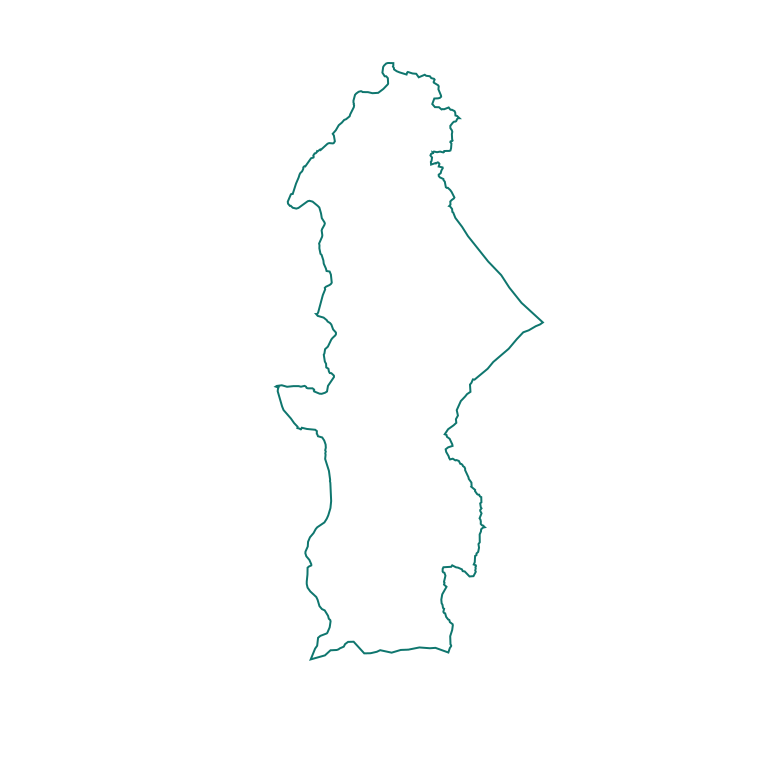 South East Malekula, Malampa, Vanuatu (Albers equal-area conic projection), rotated 232°
{"feature_id": "77236927B5490091431503", "entity_name": "South East Malekula", "entity_type": "district", "adm_level": 2, "iso_a3": "VUT", "parent_name": "Vanuatu", "parent_adm1": "Malampa", "projection": "albers", "projection_center": [167.679, -16.314], "detail": "fine", "context": "isolated", "style": "outline", "palette": "teal", "viewbox_px": 768, "rotation_deg": 232, "n_neighbors": 0, "source": "geoboundaries", "source_scale": "gbopen_adm2", "svg_char_len": 6166}
<svg xmlns="http://www.w3.org/2000/svg" viewBox="0 0 768 768"><g transform="rotate(232 384 384)"><path d="M132.8,269.4L135.4,273.3L136.1,275.5L136.7,276.0L137.9,276.1L144.5,280.9L148.2,286.3L151.5,289.7L152.5,290.2L155.8,289.3L157.9,290.2L158.9,289.6L162.2,289.6L165.6,291.0L166.4,290.4L167.9,290.5L169.9,293.0L170.7,292.6L171.7,292.9L174.1,294.2L175.7,294.4L178.8,296.4L182.4,300.4L185.7,308.4L189.0,307.8L190.1,309.3L191.1,309.4L195.1,314.4L198.1,315.4L199.2,314.7L200.2,314.8L202.2,316.4L203.0,318.0L198.6,324.4L199.1,326.1L195.2,327.9L193.7,329.3L189.9,331.3L188.1,330.8L186.6,332.2L179.7,332.9L177.5,336.2L179.5,340.7L180.9,341.1L182.2,342.7L183.4,343.3L183.9,344.4L184.7,344.7L186.5,343.6L187.7,345.8L192.4,349.9L192.2,351.4L193.5,352.6L193.7,354.8L196.5,358.1L199.7,359.9L200.3,362.0L206.6,366.8L208.1,369.6L209.7,371.1L209.9,373.6L209.1,375.2L210.6,374.9L211.1,375.1L212.5,374.2L214.2,374.1L216.1,375.7L217.8,376.5L219.3,376.6L222.0,381.2L224.8,381.7L225.5,382.3L226.0,384.3L227.3,384.4L230.7,386.3L230.8,387.9L235.0,391.0L236.4,390.4L238.2,390.8L238.7,390.1L239.9,389.6L243.6,389.8L244.4,390.6L249.4,389.5L249.5,390.1L252.5,392.2L257.1,392.4L258.4,393.1L266.2,394.9L267.3,395.8L268.9,396.2L270.7,395.7L271.8,396.0L273.3,395.8L274.1,395.0L277.3,395.6L279.4,394.3L279.9,393.2L282.8,392.2L283.9,389.6L285.6,389.8L287.4,390.5L292.2,391.2L294.6,392.4L294.6,395.6L293.0,399.9L294.3,400.6L300.4,402.0L303.7,401.1L305.3,401.9L307.0,400.9L308.9,406.7L308.6,413.4L308.9,417.1L312.0,419.0L313.6,422.8L318.6,425.2L323.3,434.1L324.2,440.3L324.9,443.2L324.6,447.3L330.6,451.4L331.1,453.6L332.9,456.9L331.7,458.0L332.2,475.1L334.1,483.7L335.0,504.0L337.6,516.3L339.0,525.6L337.2,531.1L336.1,539.2L334.9,543.5L334.7,547.1L363.3,542.3L382.8,542.1L397.6,543.4L416.4,541.5L448.9,541.2L459.8,542.3L471.0,542.5L476.5,544.1L477.5,543.8L480.0,545.4L483.6,545.4L484.1,545.0L484.4,546.8L487.0,548.6L487.3,550.6L487.2,553.3L487.6,554.3L493.7,555.5L496.1,555.6L499.3,555.1L499.9,554.2L501.0,553.9L506.1,556.5L507.8,556.4L509.0,557.0L512.5,555.2L514.2,555.2L515.3,556.0L515.2,558.4L516.9,560.7L517.9,563.2L518.6,563.5L521.7,561.0L523.3,563.2L525.0,563.2L525.7,562.6L525.8,560.7L526.4,560.6L527.9,556.2L530.2,557.7L530.5,558.8L532.9,561.3L535.5,561.3L536.3,562.6L536.0,563.4L536.3,564.2L535.9,564.7L536.7,565.0L536.1,565.3L536.4,566.5L534.0,568.5L532.6,571.3L530.0,573.3L529.9,574.1L530.5,574.7L530.4,575.1L527.5,578.9L527.1,580.1L528.5,582.0L532.0,585.2L533.8,585.2L534.2,585.9L533.5,587.5L533.6,587.9L534.8,588.3L539.1,591.3L540.7,593.1L542.3,593.7L544.7,593.8L546.6,595.2L547.6,599.3L547.6,600.7L546.8,601.9L546.7,602.7L547.8,604.8L547.8,606.1L547.0,607.1L550.2,606.6L551.6,605.6L554.0,607.2L555.6,607.6L558.4,606.3L558.7,605.6L559.6,605.2L562.1,605.2L563.5,600.5L564.5,599.5L564.9,598.4L568.3,597.7L570.8,594.6L574.9,594.4L578.0,599.4L575.8,602.5L575.1,604.1L575.2,605.9L576.2,606.5L582.7,608.3L584.9,610.4L586.0,610.6L590.8,608.8L591.4,609.0L592.7,611.3L593.7,611.3L595.9,609.6L598.3,609.6L600.9,607.0L602.6,606.5L604.3,600.2L608.6,600.4L611.1,597.7L615.2,594.9L615.2,594.1L614.0,592.3L620.0,588.1L622.6,586.6L625.7,585.6L627.0,586.4L628.7,586.5L629.2,587.4L631.1,588.9L634.5,584.8L635.2,583.1L634.9,580.1L634.3,578.5L630.3,574.4L626.1,574.0L625.1,575.2L622.6,575.3L618.2,572.2L617.8,571.5L616.9,565.1L617.0,558.7L620.3,553.9L623.8,551.1L627.2,546.9L628.5,546.5L629.0,546.0L629.9,543.9L630.0,540.9L629.7,539.2L626.1,534.4L624.4,533.1L623.6,533.0L622.9,532.2L622.1,532.1L620.7,530.6L617.3,523.4L616.1,521.7L616.0,517.2L616.6,515.2L615.9,511.6L615.8,507.7L613.6,502.2L612.7,497.6L610.7,497.5L605.5,494.7L604.8,492.8L605.0,491.9L607.6,489.1L608.1,487.5L607.4,478.1L608.1,478.1L608.2,475.0L608.7,474.7L608.0,473.5L607.9,472.1L608.4,471.3L607.6,469.0L606.2,468.4L605.9,467.8L606.8,465.5L603.9,455.9L604.6,455.4L604.4,453.8L603.3,452.9L602.0,450.4L601.7,447.8L601.1,446.5L599.3,443.9L596.1,438.1L589.5,428.4L590.4,428.9L590.8,427.4L586.9,420.4L585.2,419.4L582.3,419.5L581.9,420.2L579.1,420.6L576.2,422.9L575.4,425.0L575.0,436.4L574.2,438.1L571.7,440.0L565.4,441.4L562.9,441.7L557.2,439.4L553.0,437.1L547.9,436.6L546.9,436.2L546.0,434.9L544.3,430.8L543.4,429.4L539.2,427.0L538.1,425.8L534.6,419.3L533.1,418.6L530.7,416.6L525.7,414.1L524.1,414.3L518.7,412.3L515.9,410.6L510.7,409.3L508.4,408.3L506.1,410.4L502.9,409.5L496.0,405.2L495.5,403.8L495.5,402.1L496.4,398.1L496.2,396.5L494.8,395.9L491.7,390.5L481.0,376.3L480.2,374.5L480.9,373.6L478.5,373.7L473.5,377.3L469.5,378.2L468.0,378.0L465.3,379.0L463.3,379.1L458.3,377.5L454.2,377.8L452.9,376.9L452.3,375.6L452.0,372.0L451.5,369.9L448.0,362.8L447.7,359.0L444.7,355.8L444.2,354.6L438.1,351.2L435.6,350.8L432.6,348.7L430.3,349.6L427.8,348.3L426.0,348.0L424.9,349.2L421.5,349.7L420.3,348.9L417.0,338.7L413.2,334.5L413.4,332.2L414.6,328.9L416.0,327.3L421.1,324.4L421.8,324.5L421.9,325.0L422.6,325.5L424.6,325.0L427.4,321.4L428.6,320.6L429.8,320.9L431.4,320.3L433.0,316.9L434.9,315.4L438.1,311.3L441.5,305.9L445.9,302.7L448.5,298.3L448.6,297.1L447.2,298.0L447.7,298.6L446.5,299.2L445.5,297.5L443.8,295.8L429.1,289.9L425.3,288.8L414.1,289.4L408.6,289.1L403.5,289.6L402.6,288.6L400.8,290.0L399.7,290.3L399.4,290.8L400.1,292.3L396.0,295.6L390.3,301.6L388.2,302.1L386.2,300.4L385.6,300.5L383.5,299.8L379.9,302.4L376.3,302.1L372.2,300.7L369.6,298.9L368.0,296.9L366.6,296.5L365.5,295.0L364.2,294.4L361.2,291.5L349.4,287.1L341.4,282.4L340.9,281.7L339.2,280.9L324.3,270.3L319.2,265.4L314.8,259.2L313.1,256.0L311.6,251.8L312.2,243.1L311.7,240.8L309.9,236.7L308.8,231.3L306.4,227.0L302.9,223.9L300.3,219.0L299.0,217.8L296.0,216.7L291.3,216.9L286.7,215.7L285.8,215.0L286.4,212.5L286.3,210.7L281.0,206.4L275.9,201.5L274.0,200.0L270.6,198.4L265.9,198.2L257.8,199.5L254.8,198.8L248.7,196.4L244.9,196.5L242.1,197.9L235.8,197.2L233.0,196.0L231.1,196.3L229.9,195.8L225.7,191.4L222.8,186.1L222.7,185.3L224.7,178.8L224.6,175.8L218.9,170.2L217.9,166.8L212.1,156.7L206.5,170.4L207.1,177.9L203.5,183.0L202.9,184.8L202.9,186.3L201.8,190.6L203.0,193.2L202.9,196.9L199.6,201.4L183.9,202.6L180.1,207.7L177.4,213.5L176.6,217.1L167.6,224.6L164.1,233.5L159.7,239.6L154.6,249.7L147.5,257.5L144.4,262.1L132.8,269.4Z" fill="none" stroke="#0f766e" stroke-width="2"/></g></svg>